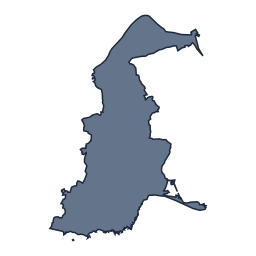 Tramore-Waterford City West Lea-6, Waterford, Ireland
{"feature_id": "5873133B15646893795596", "entity_name": "Tramore-Waterford City West Lea-6", "entity_type": "district", "adm_level": 2, "iso_a3": "IRL", "parent_name": "Ireland", "parent_adm1": "Waterford", "projection": "mercator", "projection_center": [-7.169, 52.204], "detail": "fine", "context": "isolated", "style": "filled", "palette": "slate", "viewbox_px": 256, "rotation_deg": 0, "n_neighbors": 0, "source": "geoboundaries", "source_scale": "gbopen_adm2", "svg_char_len": 5865}
<svg xmlns="http://www.w3.org/2000/svg" viewBox="0 0 256 256"><path d="M188.4,46.4L190.8,44.9L192.4,42.7L193.1,43.1L194.9,45.4L197.1,49.2L203.0,55.9L198.6,48.6L195.2,35.5L196.1,35.1L198.8,36.4L199.4,35.0L196.6,33.6L197.6,32.8L195.5,29.4L191.1,32.0L190.9,32.8L191.6,33.3L191.4,34.8L191.0,34.9L181.3,34.5L173.7,32.6L168.1,32.0L165.7,31.6L163.7,28.8L161.6,27.5L156.9,23.7L149.4,16.3L147.7,15.5L145.1,15.4L142.4,15.9L141.1,16.5L138.4,18.3L136.0,20.2L131.4,24.6L125.1,32.9L122.1,37.7L111.8,48.8L110.1,51.6L108.3,55.8L105.7,60.0L100.8,64.4L96.1,67.2L93.5,69.8L94.1,70.7L94.6,72.9L92.7,73.7L92.0,75.3L92.3,75.7L93.6,75.7L94.4,76.6L94.4,77.3L94.0,78.0L92.6,77.9L92.5,78.9L95.0,78.3L95.0,80.6L93.3,81.5L94.9,82.9L95.7,85.8L97.3,87.5L101.4,89.6L102.3,93.7L102.5,99.2L102.8,100.0L102.5,102.8L103.3,104.3L103.7,106.2L102.6,111.2L102.9,112.2L100.9,112.0L101.1,113.8L100.5,114.9L99.6,115.3L98.1,114.0L96.7,113.8L92.4,115.1L89.7,117.2L83.9,118.4L82.9,118.9L82.4,120.0L82.0,119.9L82.1,120.9L82.8,121.3L84.6,126.3L83.8,127.3L83.7,130.8L88.1,131.8L88.2,133.2L91.4,135.0L91.2,139.3L90.7,140.1L91.1,140.6L88.2,143.4L86.4,144.0L85.9,145.9L86.2,146.5L85.5,147.3L85.9,148.0L84.9,148.6L83.9,148.2L82.0,148.3L80.4,149.4L82.3,151.9L81.8,152.8L82.6,153.0L82.3,154.2L83.6,154.6L86.3,152.7L86.3,153.7L85.2,156.2L84.5,159.3L84.4,162.0L86.9,165.7L85.2,171.3L86.8,173.6L84.7,179.5L82.7,183.1L79.3,181.2L77.7,181.0L76.7,183.4L76.6,185.7L74.0,186.1L71.6,187.2L70.1,192.2L67.9,192.3L67.8,191.3L66.8,191.0L65.1,191.4L65.3,190.6L64.4,190.0L64.1,188.9L61.6,190.2L61.6,191.4L62.0,191.4L62.4,192.7L63.5,192.9L62.6,195.1L65.6,194.8L65.4,197.9L64.3,199.3L63.3,199.2L61.0,203.6L62.3,203.7L63.4,205.1L62.7,207.9L64.1,208.4L65.2,210.2L65.1,213.5L62.8,215.6L61.9,218.0L60.3,217.6L59.2,217.9L58.7,217.0L57.6,216.8L55.0,217.1L53.9,217.9L53.2,220.7L53.3,222.3L52.1,222.9L51.6,226.3L49.9,228.5L62.5,231.3L63.6,232.2L63.8,234.8L65.1,234.0L65.6,232.5L66.1,232.9L66.4,232.2L68.2,232.3L68.8,231.8L70.8,231.4L72.7,232.4L74.6,232.4L78.1,234.6L81.0,234.2L83.7,234.7L86.1,236.1L87.6,236.4L88.1,234.6L89.9,232.8L91.9,232.4L93.2,231.1L94.4,231.1L95.3,232.1L95.9,231.5L96.2,231.7L96.0,231.0L97.5,229.9L97.6,229.4L100.2,229.7L103.6,231.2L103.5,232.0L103.9,232.2L103.6,233.0L105.1,231.4L105.6,231.8L105.2,232.4L105.5,232.8L106.3,232.2L106.2,231.4L107.1,231.2L108.3,231.6L108.5,232.9L109.0,231.0L110.2,230.7L110.8,231.1L111.4,230.7L111.5,231.8L111.8,230.8L112.6,230.7L112.5,229.9L113.9,230.5L113.7,231.4L114.2,231.4L114.0,232.0L114.5,232.3L114.1,232.5L114.2,233.3L114.5,232.0L115.4,233.0L115.6,232.3L116.0,232.8L117.0,231.7L117.7,231.8L117.3,233.0L117.8,233.5L118.9,232.8L119.3,231.6L119.7,231.6L120.1,230.9L121.5,231.5L121.3,232.7L122.3,232.3L122.6,230.6L123.3,229.7L123.3,228.9L123.5,229.7L124.4,229.8L124.0,229.2L124.3,228.8L123.9,228.6L124.7,227.6L125.2,228.3L125.7,228.2L126.9,227.1L127.1,226.4L128.2,227.3L128.2,228.1L129.1,227.8L128.7,228.5L129.4,228.2L129.6,227.4L129.7,227.9L130.1,227.6L129.8,228.2L130.5,229.2L130.9,229.3L130.7,228.6L131.4,228.9L131.7,227.7L131.3,226.3L132.0,226.6L132.2,226.1L131.5,224.6L132.4,224.8L133.5,223.8L133.2,223.0L133.8,223.4L134.5,222.0L134.8,219.9L135.6,220.2L135.7,219.5L135.1,218.8L135.5,218.6L135.7,219.0L135.9,218.5L135.8,219.1L136.4,218.8L136.5,217.9L135.7,217.5L136.1,217.3L136.3,217.6L136.2,216.9L137.2,216.7L137.6,214.8L137.8,215.4L137.8,214.9L138.2,214.9L137.9,210.3L138.5,210.0L138.6,210.4L138.5,209.7L139.2,209.5L139.2,207.6L139.9,207.4L139.8,206.8L140.5,206.4L141.7,204.1L142.9,204.0L141.6,203.7L142.1,203.1L142.7,203.7L142.0,203.0L143.8,200.1L146.9,199.4L148.4,195.6L149.1,195.3L153.1,195.2L153.3,194.8L163.2,196.2L163.8,195.8L175.6,200.5L193.0,208.5L199.8,210.3L204.9,209.4L206.0,207.5L205.5,206.7L206.1,205.7L205.1,205.5L204.7,206.3L204.0,203.7L203.4,203.9L203.2,204.7L203.7,205.0L203.2,205.4L202.7,204.5L199.8,204.7L198.8,202.6L197.3,201.8L190.9,202.1L186.8,203.1L183.5,202.6L182.0,200.2L181.0,197.8L181.1,199.1L180.6,199.0L180.4,197.4L179.4,196.3L178.0,192.9L179.9,198.1L179.2,196.8L178.6,198.8L178.9,196.5L176.7,195.2L175.9,195.2L176.2,196.5L176.9,196.5L176.2,196.7L176.4,197.6L176.3,197.1L175.8,197.0L166.3,195.8L163.7,194.4L165.1,193.6L167.3,193.6L168.1,192.6L169.1,192.3L167.7,190.5L166.2,191.1L164.1,190.9L163.2,191.3L165.0,189.0L166.3,185.8L167.4,182.0L167.2,180.5L170.9,180.8L172.5,182.0L173.5,181.7L170.9,182.6L171.0,184.0L171.5,184.6L173.9,183.8L177.4,191.6L174.0,183.2L174.8,180.0L169.9,180.5L168.1,180.1L166.9,178.6L165.7,178.7L164.8,177.6L164.8,176.5L163.8,174.3L162.2,172.7L161.4,170.2L161.9,166.7L162.6,165.3L164.6,162.5L164.7,161.4L169.4,153.6L170.0,151.7L169.5,150.2L170.8,147.4L170.5,146.7L170.9,144.0L167.5,141.6L166.0,139.7L162.8,139.7L159.2,138.9L153.1,139.3L152.1,138.5L149.2,137.8L150.1,136.4L150.2,133.9L150.7,131.9L150.1,128.2L150.2,125.9L149.9,125.1L149.0,124.7L148.5,120.7L150.7,119.0L150.1,117.2L150.3,116.4L152.1,113.4L153.2,112.6L154.5,112.8L155.8,111.4L156.8,111.8L158.3,111.6L157.5,110.0L158.9,108.7L159.1,107.1L155.4,104.0L155.6,103.3L154.8,102.6L154.4,101.0L152.5,100.5L152.2,98.7L152.8,98.1L152.7,96.7L151.9,96.4L148.9,97.0L147.2,98.1L145.7,99.9L145.3,99.7L145.2,97.7L144.0,95.7L147.1,94.7L144.2,90.1L145.1,88.1L144.5,86.7L141.1,83.1L140.9,81.7L139.7,80.5L138.8,75.8L137.8,74.9L136.3,75.1L135.8,68.2L133.6,65.0L131.2,63.8L129.9,63.9L129.0,62.0L131.5,58.7L133.2,57.9L141.2,56.4L145.7,56.1L148.6,54.2L153.3,53.3L159.3,49.8L161.8,49.4L166.5,47.4L169.8,47.1L173.9,45.8L176.3,46.0L177.9,50.8L181.9,47.9L185.0,47.2L184.9,45.7L188.1,45.4L188.4,46.4ZM88.4,237.7L89.1,237.0L87.6,236.5L88.1,237.1L87.6,238.2L88.4,237.7ZM119.0,233.6L119.1,232.7L118.4,233.6L118.3,234.5L118.5,234.2L119.0,234.4L119.0,233.6ZM73.1,239.5L72.5,239.9L73.0,240.6L73.3,240.4L73.0,240.0L73.5,239.9L73.1,239.5ZM114.6,233.3L115.0,234.2L115.2,233.3L114.8,233.0L114.6,233.3ZM89.8,236.5L89.6,235.8L89.3,236.1L89.8,236.5Z" fill="#64748b" stroke="#1e293b" stroke-width="1.5"/></svg>